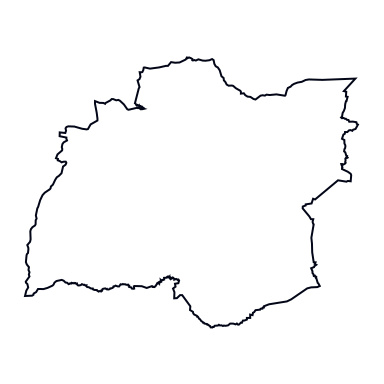 Khok Samrong, Lop Buri, Thailand, rotated 183°
{"feature_id": "78962969B63435084868089", "entity_name": "Khok Samrong", "entity_type": "district", "adm_level": 2, "iso_a3": "THA", "parent_name": "Thailand", "parent_adm1": "Lop Buri", "projection": "albers", "projection_center": [100.783, 15.056], "detail": "fine", "context": "isolated", "style": "outline", "palette": "ink", "viewbox_px": 384, "rotation_deg": 183, "n_neighbors": 0, "source": "geoboundaries", "source_scale": "gbopen_adm2", "svg_char_len": 5867}
<svg xmlns="http://www.w3.org/2000/svg" viewBox="0 0 384 384"><g transform="rotate(183 192 192)"><path d="M34.8,313.8L67.6,310.8L81.2,310.5L84.4,309.8L88.1,307.8L92.3,306.8L95.8,305.3L97.8,303.9L99.0,302.4L101.7,300.9L102.9,297.6L103.7,293.6L104.2,293.0L112.8,293.9L119.5,292.9L122.7,293.1L124.2,292.1L126.6,292.3L128.6,291.8L133.4,287.7L135.4,288.1L138.6,290.0L141.6,290.2L143.9,291.5L145.4,293.3L148.3,292.8L148.4,294.6L149.0,295.6L153.6,297.9L156.4,300.1L157.7,300.4L161.0,300.1L163.0,301.1L164.5,303.7L166.0,305.1L166.4,307.5L168.6,309.1L170.7,315.0L172.7,317.7L174.9,318.8L176.4,321.2L177.3,324.8L178.9,325.8L181.5,324.5L185.4,323.8L188.2,323.8L192.6,324.8L195.0,323.5L196.6,323.9L198.0,323.4L198.6,323.6L198.6,324.8L200.1,325.6L202.0,326.2L203.4,325.4L203.4,325.9L204.1,326.1L205.3,323.9L211.2,320.7L215.6,320.2L219.7,320.6L222.6,316.7L224.6,316.6L231.3,314.7L240.4,313.0L245.8,313.9L246.7,313.7L247.0,311.3L247.8,309.3L248.5,308.9L250.5,308.9L249.5,304.4L250.4,301.9L252.2,300.6L249.9,294.0L250.6,292.6L253.6,277.7L253.2,277.6L252.1,275.8L251.4,275.3L250.9,276.0L249.9,275.4L249.5,275.8L249.2,274.8L248.2,275.1L248.0,274.3L247.3,274.3L247.3,274.8L246.4,274.6L246.1,273.6L244.9,273.6L244.6,273.3L245.2,272.9L244.2,272.6L245.9,272.1L246.7,272.4L247.3,271.9L249.7,273.3L250.4,272.9L251.3,273.2L259.7,270.8L261.0,271.3L264.6,275.9L268.8,279.4L270.4,280.1L272.4,279.6L275.7,280.7L277.1,280.6L278.3,279.2L283.4,276.1L283.5,275.6L285.2,276.3L289.0,276.2L293.6,277.7L293.5,275.1L291.3,266.1L290.2,260.0L290.2,258.4L296.8,254.2L299.2,249.4L300.5,249.0L305.0,249.4L312.9,251.2L318.9,251.1L320.7,250.4L321.6,249.0L321.0,246.6L321.6,244.3L327.2,244.6L327.1,240.8L320.3,239.8L320.3,238.8L319.5,236.9L322.7,234.9L323.9,233.1L324.4,230.0L323.8,228.3L323.9,226.7L328.3,222.5L329.6,218.6L327.6,218.0L327.7,216.6L325.9,216.1L323.7,214.8L322.0,215.5L319.7,215.7L319.1,214.9L319.1,214.1L319.8,212.5L322.1,210.7L323.3,203.9L325.7,201.2L327.8,199.6L329.2,197.1L331.3,192.0L333.2,190.1L333.4,188.4L334.0,187.4L339.0,183.6L341.1,181.0L343.2,175.9L344.9,169.0L345.6,167.6L346.7,160.4L345.8,157.3L346.6,155.6L346.5,151.6L347.0,150.4L349.5,148.5L350.9,146.5L351.4,144.3L350.7,136.3L351.1,133.8L353.7,130.4L352.5,127.6L352.4,125.9L352.6,122.5L353.6,121.3L353.9,120.1L354.2,113.3L353.2,111.0L350.9,108.4L351.2,105.6L350.1,103.4L350.6,101.0L349.9,99.1L353.3,93.8L353.1,92.8L351.6,91.5L350.6,88.1L352.3,84.8L353.3,79.4L346.3,80.1L345.0,81.0L344.8,82.3L342.4,83.9L340.7,87.1L335.2,87.3L331.2,88.7L326.4,91.2L325.4,92.3L324.6,94.3L322.7,96.0L317.5,97.4L315.5,96.7L313.6,95.0L311.8,94.8L310.4,93.5L309.3,93.9L308.9,94.5L307.6,94.3L307.4,95.0L305.2,94.6L304.9,95.0L304.4,94.8L303.7,95.0L302.8,94.2L302.1,94.6L301.3,92.9L300.1,92.7L298.2,93.2L297.1,94.2L294.8,93.4L294.4,93.7L293.5,93.1L292.5,93.3L292.6,92.4L291.7,91.6L290.1,91.5L287.7,90.3L286.0,90.4L285.8,89.6L284.4,89.1L281.8,89.1L281.4,88.4L280.0,87.7L279.5,88.2L277.7,88.0L277.7,88.4L276.9,88.6L277.1,89.2L276.4,89.5L276.3,90.3L275.7,90.7L273.6,91.2L272.5,90.6L271.9,90.8L271.7,90.3L270.1,90.3L269.0,90.8L268.6,91.5L267.6,91.5L266.1,92.2L265.5,93.5L265.1,93.3L263.5,94.5L261.1,93.8L259.8,93.9L258.5,96.1L257.3,95.9L256.2,96.5L255.3,96.2L254.0,96.4L252.9,95.9L250.9,96.1L250.7,95.3L249.8,95.2L249.8,93.9L247.6,93.5L247.0,92.4L245.4,92.3L244.7,92.5L245.1,94.8L244.5,95.1L237.2,95.3L232.2,93.8L227.1,95.9L226.5,95.8L226.3,95.1L224.5,95.1L224.0,95.8L223.6,95.9L222.2,98.5L221.7,98.6L221.9,99.1L220.6,100.1L220.0,99.3L220.0,100.1L219.4,100.8L218.7,100.3L218.2,100.6L218.7,101.3L218.3,101.6L218.5,102.5L218.0,102.1L217.1,102.6L216.9,102.3L215.2,103.1L215.4,104.8L212.7,105.1L212.4,106.0L211.8,106.3L211.4,105.9L211.1,106.3L210.3,105.8L210.1,106.1L210.0,105.0L209.4,104.4L209.0,105.3L208.6,104.8L207.8,105.2L207.8,104.7L206.9,105.6L206.3,105.4L206.4,104.7L204.8,104.3L204.9,103.6L203.2,104.3L202.0,103.6L201.3,104.0L200.9,103.8L201.1,103.1L200.3,102.7L200.9,100.2L204.2,99.5L203.5,96.6L205.9,94.6L204.3,91.0L204.2,84.9L201.5,85.2L198.5,88.4L196.4,88.5L187.7,77.8L187.8,74.0L184.8,72.4L184.4,70.9L183.5,69.8L180.6,68.6L180.3,67.7L179.5,67.7L178.2,65.7L177.4,65.4L176.0,63.6L174.5,62.8L174.2,62.1L173.2,62.0L172.8,61.3L170.0,60.9L169.7,60.2L168.8,60.3L167.4,59.1L166.8,59.0L166.3,57.8L164.6,57.8L164.3,58.3L163.2,58.3L162.4,59.6L159.1,60.0L158.2,60.8L157.2,60.2L155.5,60.4L154.1,59.8L153.2,60.3L151.7,60.1L149.0,60.7L147.0,62.6L143.8,62.7L141.5,62.1L140.3,63.0L139.2,62.0L138.3,62.0L136.2,64.2L135.4,64.0L134.4,66.3L132.9,66.4L130.5,67.5L130.6,69.1L127.3,69.3L127.5,72.6L125.1,72.2L124.8,74.6L123.6,75.3L122.4,77.3L117.8,78.1L117.4,79.0L115.6,79.2L115.5,80.0L114.3,80.3L114.4,81.1L114.0,81.2L114.1,81.7L109.2,83.9L91.5,87.7L87.3,90.0L71.9,101.8L68.0,103.0L61.9,103.6L59.5,104.8L61.0,107.3L61.7,107.8L63.2,112.0L63.7,112.5L63.4,113.6L64.0,114.1L64.5,113.9L65.0,114.9L66.0,114.6L66.4,116.2L67.4,117.3L67.6,119.3L69.0,122.1L66.2,123.4L66.0,124.2L64.1,125.8L65.7,126.6L65.0,128.2L66.8,128.3L68.8,138.0L69.5,146.8L70.4,152.5L68.8,166.1L69.3,166.5L70.0,168.4L69.5,171.2L71.8,171.1L73.5,173.7L80.6,181.4L80.6,183.3L77.8,184.5L77.8,185.6L72.0,186.8L70.7,191.6L68.7,191.0L46.8,211.3L38.3,210.4L37.0,211.2L34.1,211.0L33.9,217.1L34.5,218.5L37.5,220.4L43.4,222.8L43.4,224.3L43.1,224.6L44.4,227.7L43.4,227.8L42.5,227.2L40.6,228.4L40.1,229.2L40.6,229.9L40.3,231.5L40.6,233.3L39.9,234.3L39.2,234.0L38.4,234.5L39.2,235.4L39.0,236.1L39.9,236.5L41.0,239.6L42.2,240.5L42.0,242.8L41.4,243.8L41.2,245.6L41.4,246.8L42.3,248.4L42.6,251.9L45.0,253.0L43.8,257.3L42.5,258.1L42.3,259.9L40.0,260.0L38.4,261.8L36.8,262.1L35.1,261.5L34.4,262.6L32.0,263.5L29.8,268.0L31.0,268.6L31.5,270.3L35.0,270.7L38.7,270.4L39.5,272.1L41.1,272.2L42.2,273.2L43.1,273.1L44.6,273.9L46.1,273.5L47.0,274.2L46.1,275.3L45.7,278.8L44.6,280.9L43.7,283.8L43.6,287.8L43.0,290.7L42.5,290.8L41.6,295.2L43.3,295.4L43.2,300.2L45.6,300.7L34.8,313.8Z" fill="none" stroke="#020617" stroke-width="2"/></g></svg>